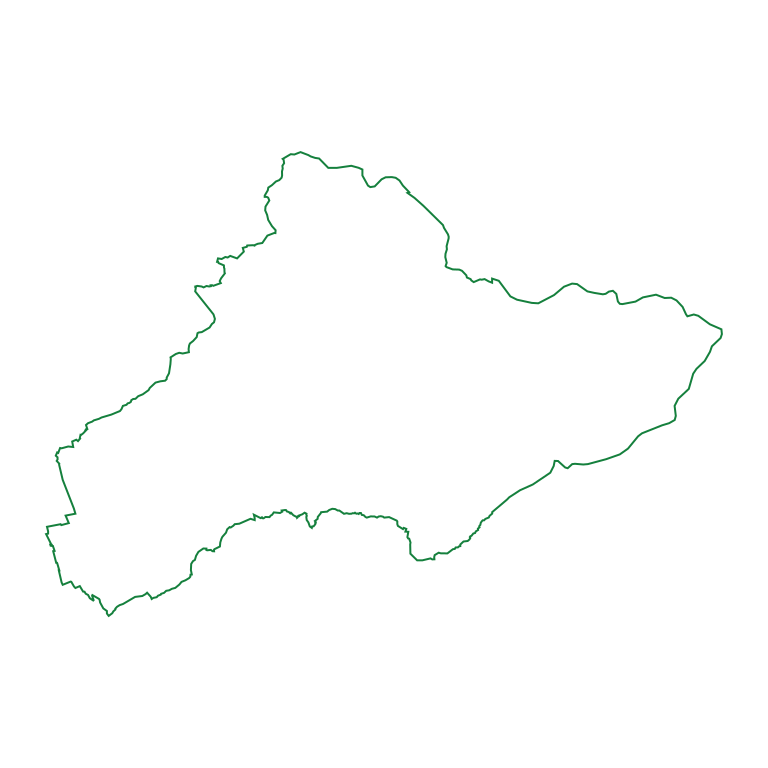 outline of Baia Sprie, Maramures, Romania
{"feature_id": "2599482B79433143799510", "entity_name": "Baia Sprie", "entity_type": "district", "adm_level": 2, "iso_a3": "ROU", "parent_name": "Romania", "parent_adm1": "Maramures", "projection": "natural_earth1", "projection_center": [23.691, 47.679], "detail": "fine", "context": "isolated", "style": "outline", "palette": "green", "viewbox_px": 768, "rotation_deg": 0, "n_neighbors": 0, "source": "geoboundaries", "source_scale": "gbopen_adm2", "svg_char_len": 6032}
<svg xmlns="http://www.w3.org/2000/svg" viewBox="0 0 768 768"><path d="M108.7,615.9L112.3,613.2L113.3,611.4L115.4,609.5L115.3,608.7L117.0,606.8L119.7,605.1L123.0,604.0L135.1,596.9L142.3,596.0L145.6,594.1L147.1,592.7L150.7,596.7L151.7,599.0L153.3,597.9L156.7,597.2L158.0,595.7L160.8,594.6L161.1,593.8L164.0,592.9L166.2,590.8L169.2,590.3L171.9,588.8L175.3,587.9L179.4,584.5L181.5,581.9L185.4,580.3L189.1,578.1L190.3,576.7L190.5,574.7L191.8,574.5L190.9,570.1L191.2,563.9L193.0,561.1L194.9,559.9L196.1,555.8L198.4,551.9L203.3,548.5L206.4,548.6L206.3,549.9L207.1,550.3L210.8,549.9L212.5,551.2L214.1,551.3L214.0,549.8L214.4,549.2L219.9,546.5L220.3,542.4L221.5,538.6L222.4,536.8L226.0,532.7L227.2,529.3L229.6,527.1L230.7,527.5L233.4,525.7L234.7,524.2L239.3,523.7L250.5,518.8L254.7,520.1L254.7,518.1L253.9,514.7L260.6,518.1L261.9,517.3L262.4,518.2L263.6,518.3L265.4,517.0L269.5,517.1L270.7,515.6L272.1,514.8L273.8,512.4L280.0,513.0L282.2,511.7L281.7,510.5L285.2,510.0L286.2,510.2L286.8,511.4L288.8,512.0L290.3,513.5L290.9,513.5L290.7,512.7L291.0,512.7L293.3,515.2L297.0,517.2L297.1,517.8L297.6,517.4L297.7,516.4L299.0,516.2L298.8,515.6L302.3,514.3L304.6,512.7L306.5,513.7L306.3,514.6L306.8,515.9L306.3,516.9L306.7,520.0L308.4,522.4L309.8,526.4L311.8,527.9L312.2,526.4L313.6,526.3L315.3,524.2L315.2,522.9L315.8,522.7L315.7,521.9L314.9,521.0L317.6,518.9L317.8,516.9L320.7,513.3L321.1,512.2L327.2,511.6L329.2,510.0L332.3,508.8L335.2,509.1L337.7,510.5L339.3,510.5L344.0,513.8L346.7,513.2L349.0,513.8L351.5,513.7L352.6,513.2L354.2,513.3L355.0,512.7L356.3,513.7L357.8,513.5L358.7,514.0L359.5,513.0L360.9,513.0L361.8,514.9L363.7,515.2L365.5,517.0L366.8,517.6L370.7,516.4L374.6,516.5L377.0,517.6L378.7,516.5L380.8,516.2L383.0,516.7L384.2,517.6L389.1,517.1L396.7,520.6L397.3,521.4L397.3,524.1L397.9,525.9L403.0,529.1L403.8,527.9L406.3,528.9L405.4,531.6L408.3,531.8L407.4,537.1L408.1,538.4L409.2,538.7L410.5,542.5L410.2,544.5L410.4,553.7L417.1,560.3L422.5,560.3L430.5,558.4L432.2,559.4L434.4,559.3L434.2,557.1L434.7,555.1L438.7,552.7L440.7,553.3L447.4,553.4L452.9,549.2L454.8,548.9L455.6,547.5L457.9,547.4L459.1,546.3L460.3,546.1L460.3,544.5L463.5,541.5L467.7,541.0L469.5,539.4L470.3,538.0L469.8,537.1L470.3,536.3L471.5,535.8L473.3,533.5L475.1,533.0L475.8,531.4L478.1,530.0L477.9,528.6L479.5,527.4L479.2,526.7L479.5,525.7L480.3,525.0L480.8,522.7L481.9,521.2L482.7,520.3L484.1,520.3L485.4,518.9L488.8,517.5L489.6,515.8L492.2,513.6L492.2,512.1L507.1,499.5L509.2,497.3L520.1,490.2L532.8,484.5L550.3,472.7L553.7,466.0L554.7,460.9L558.0,461.0L565.2,467.5L567.7,468.2L572.2,464.1L575.0,463.8L583.3,464.5L587.9,464.1L606.1,459.2L619.8,454.4L628.0,448.6L638.1,436.3L642.0,433.3L662.1,425.3L669.1,423.2L674.7,420.0L675.8,415.9L674.6,405.9L678.3,398.7L688.8,388.9L693.2,373.7L696.5,368.8L704.7,361.0L710.0,351.8L711.9,346.3L720.6,338.0L721.9,334.1L721.4,329.3L709.9,324.3L698.3,315.8L693.8,314.5L687.4,316.3L686.0,314.3L682.6,306.9L676.5,300.4L671.2,297.7L664.7,298.0L656.0,294.7L642.9,297.4L635.5,301.6L622.4,304.1L619.8,303.8L617.9,301.5L616.3,293.9L612.9,290.8L608.9,291.6L605.7,293.8L602.9,294.3L594.3,292.9L587.4,291.4L577.1,284.1L572.1,283.6L564.0,286.7L554.0,295.1L538.3,303.3L531.8,302.9L517.0,299.7L510.4,296.4L498.8,280.8L492.1,278.6L492.1,282.7L488.7,281.4L484.6,279.1L481.7,279.7L480.0,279.4L473.7,282.1L471.3,280.4L470.6,279.1L466.9,277.5L466.3,275.3L462.0,270.8L459.2,269.6L452.7,269.4L446.5,267.1L445.6,266.1L446.7,262.8L445.3,257.1L445.5,253.8L446.9,249.3L446.6,246.2L448.6,238.5L448.7,236.8L448.0,234.4L444.0,227.9L443.0,225.1L423.6,206.0L414.5,197.9L407.5,192.9L409.2,192.2L402.9,185.6L399.5,180.5L395.7,177.8L391.8,177.1L385.6,177.3L381.6,179.3L374.7,186.4L370.3,187.1L368.0,185.6L362.4,175.5L362.4,169.5L358.6,167.8L351.3,165.8L336.6,167.9L328.3,167.9L319.1,158.5L315.1,157.9L310.6,156.4L308.4,155.1L300.5,152.1L294.4,154.5L290.7,154.2L282.7,158.9L283.6,159.8L284.1,163.2L282.4,165.8L282.7,168.6L282.0,171.4L282.1,175.5L281.6,177.7L279.3,180.1L275.9,181.5L271.9,185.2L268.3,187.6L267.8,190.3L264.7,195.6L264.7,196.9L266.8,196.9L268.2,197.7L269.3,200.5L265.5,206.6L265.2,210.4L267.1,214.9L268.2,219.9L272.0,226.2L275.6,230.2L275.4,233.1L274.2,233.0L267.4,235.6L262.3,243.0L257.7,243.8L254.7,245.1L254.5,245.6L253.2,245.2L247.2,245.5L246.8,246.8L242.8,247.9L243.8,251.6L237.1,258.4L230.2,255.9L227.7,257.5L225.3,257.0L221.7,259.0L218.0,258.4L217.1,261.8L218.1,261.8L218.6,263.1L223.9,265.4L224.0,267.7L224.4,268.6L224.5,272.4L224.9,273.3L221.1,278.3L219.7,281.1L220.8,283.1L213.3,285.8L212.1,285.2L210.6,285.3L210.8,286.2L209.1,286.5L206.5,286.0L203.6,287.4L201.7,286.5L197.3,285.9L195.6,286.4L196.0,286.8L195.4,287.4L195.8,287.9L195.2,291.4L213.5,314.4L214.9,318.9L214.0,322.3L211.9,324.0L209.6,327.5L201.8,332.1L198.7,332.5L197.5,333.2L196.7,337.1L193.1,341.0L189.9,343.5L189.1,345.5L188.6,349.1L188.9,352.2L182.7,353.5L179.2,352.8L175.8,354.0L170.5,357.4L170.8,358.8L170.4,364.2L169.0,373.3L166.7,377.6L166.7,379.1L165.1,380.7L160.4,381.3L155.5,382.6L149.8,387.9L148.6,390.1L142.8,394.3L138.2,396.2L135.5,398.8L133.2,399.0L131.3,400.2L130.9,401.8L129.4,402.9L127.6,403.4L126.5,404.8L122.9,405.9L121.5,409.1L120.0,411.0L111.3,414.6L101.5,417.5L99.0,418.8L93.8,420.4L92.2,421.6L88.0,423.2L86.0,425.0L87.3,429.0L85.9,429.3L85.1,430.9L85.5,430.9L83.2,433.3L80.9,435.1L80.5,434.9L79.7,438.5L80.0,438.7L78.0,441.1L76.3,439.7L72.2,441.5L73.2,447.0L68.2,446.5L61.6,448.3L60.1,448.0L58.2,452.9L57.2,452.4L55.8,455.7L57.5,457.3L57.6,459.3L56.7,460.9L59.3,463.7L59.1,464.6L62.7,479.8L73.9,508.6L75.4,513.7L65.6,515.6L68.8,523.1L61.3,525.1L60.6,524.2L47.0,526.8L48.1,531.3L48.1,533.6L46.1,534.1L51.0,543.9L50.2,544.4L50.6,545.6L51.9,545.1L52.1,546.0L52.9,546.0L54.6,550.9L53.2,551.2L56.2,562.8L57.0,562.8L57.2,563.2L59.3,570.4L58.8,570.4L61.6,582.4L62.7,584.8L70.6,581.6L71.3,581.8L74.0,586.5L75.4,588.0L79.8,586.1L83.1,591.6L84.5,591.7L85.7,593.7L88.1,595.0L89.8,598.2L93.2,600.5L93.6,600.1L92.1,595.7L92.4,595.1L99.0,598.9L99.6,599.8L100.1,602.5L103.3,608.4L106.9,611.0L106.9,613.5L108.7,615.9Z" fill="none" stroke="#15803d" stroke-width="2"/></svg>